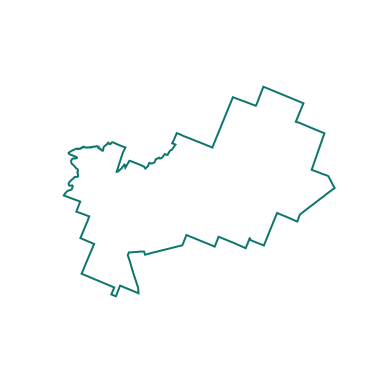 Putineiu, Giurgiu, Romania (orthographic projection), rotated 114°
{"feature_id": "2599482B3296523517134", "entity_name": "Putineiu", "entity_type": "district", "adm_level": 2, "iso_a3": "ROU", "parent_name": "Romania", "parent_adm1": "Giurgiu", "projection": "orthographic", "projection_center": [25.776, 43.909], "detail": "fine", "context": "isolated", "style": "outline", "palette": "teal", "viewbox_px": 384, "rotation_deg": 114, "n_neighbors": 0, "source": "geoboundaries", "source_scale": "gbopen_adm2", "svg_char_len": 5675}
<svg xmlns="http://www.w3.org/2000/svg" viewBox="0 0 384 384"><g transform="rotate(114 192 192)"><path d="M258.9,275.7L279.5,275.2L279.3,260.3L304.4,259.8L311.6,259.6L311.4,252.6L311.3,245.4L310.8,224.2L318.4,224.0L318.2,219.1L306.8,219.6L306.7,218.8L306.7,216.2L306.4,205.9L306.3,200.9L306.3,199.7L301.5,202.2L300.7,202.7L300.3,203.3L299.6,204.0L296.7,206.5L292.9,210.0L287.7,214.6L286.1,216.0L285.8,216.3L285.1,216.8L283.6,218.0L282.8,218.8L281.6,219.7L275.8,225.0L272.8,225.0L272.7,224.6L272.5,224.2L271.4,222.1L270.7,221.1L270.3,220.2L269.8,219.3L268.9,217.3L268.7,217.0L268.2,216.4L267.7,215.6L267.5,215.2L267.3,214.8L267.3,214.6L265.9,211.7L266.1,211.4L266.6,210.9L267.7,210.1L268.4,209.4L265.2,205.4L263.4,203.3L262.0,201.4L261.4,200.7L260.2,199.0L257.4,195.6L254.9,192.3L250.5,186.7L247.6,183.0L245.5,180.2L244.8,179.4L244.6,179.3L244.5,179.2L242.2,179.2L233.6,179.6L233.3,170.5L233.0,160.7L232.7,152.7L232.7,149.1L230.6,149.1L222.1,149.5L222.1,149.0L222.0,147.6L221.8,141.6L221.7,137.5L221.5,133.1L221.5,132.9L221.5,126.1L221.5,120.1L216.9,120.2L210.8,120.5L210.8,120.3L211.4,119.8L211.9,119.2L212.0,119.0L212.1,118.2L212.1,117.3L211.9,111.6L211.6,104.6L205.2,104.8L203.0,104.9L201.1,104.9L198.1,105.1L189.9,105.3L186.0,105.5L176.5,105.7L176.5,102.8L176.3,95.8L176.2,83.8L176.1,83.7L175.5,83.8L175.1,83.9L172.9,84.0L171.0,84.2L168.7,84.2L165.4,82.5L162.6,81.0L158.7,78.9L153.8,76.2L149.1,73.6L146.9,72.5L144.0,70.9L142.5,70.0L142.3,69.6L142.1,69.5L141.5,69.5L140.8,69.2L131.5,64.0L130.4,63.3L129.3,64.8L128.7,65.5L122.6,73.2L122.1,74.0L122.0,74.3L122.0,74.6L122.5,81.1L122.6,84.9L123.1,91.7L84.5,94.9L84.8,105.5L85.0,114.7L85.1,120.9L85.2,123.6L85.3,123.8L85.7,124.9L85.7,125.7L65.6,126.3L66.6,163.5L66.8,169.6L84.7,168.7L87.3,168.8L87.8,177.8L88.8,193.2L143.1,191.5L143.5,203.7L143.8,210.6L144.0,217.0L144.3,221.8L144.3,223.9L144.2,225.0L144.4,229.9L152.9,229.7L154.4,229.9L155.6,229.9L155.4,228.4L155.4,226.4L160.1,227.3L161.0,227.5L161.6,227.6L162.1,227.9L162.2,228.1L162.5,228.5L162.8,228.7L163.4,228.9L164.3,229.1L165.9,229.2L167.2,229.4L168.1,229.4L168.4,231.5L168.4,232.3L172.6,233.3L173.5,233.7L173.6,233.8L173.8,234.1L174.1,234.4L174.4,234.8L174.3,235.1L174.5,235.5L174.2,235.9L174.1,236.0L176.7,238.3L177.0,238.4L177.4,238.5L178.2,238.3L178.8,238.2L180.1,238.4L180.6,238.6L180.8,238.7L181.3,239.2L181.7,239.6L182.7,241.0L182.8,241.2L182.6,242.4L182.6,242.6L183.3,242.9L183.8,243.0L186.4,242.7L189.6,244.2L188.4,246.0L188.3,247.5L188.3,250.5L188.5,256.0L188.7,260.1L188.7,261.3L188.8,261.7L189.0,261.9L192.6,262.3L194.0,262.5L194.6,262.5L195.8,262.7L196.9,262.8L195.9,263.6L194.6,264.4L194.5,264.5L194.5,265.0L195.3,265.1L196.1,265.2L197.5,265.8L199.0,265.9L200.1,266.4L200.7,266.8L201.4,267.1L202.3,267.5L203.2,267.7L203.3,267.9L203.4,268.1L204.1,268.8L204.3,268.9L204.3,269.1L201.6,269.3L191.8,270.4L185.0,271.1L183.9,271.2L182.8,271.1L178.4,270.9L178.6,273.0L178.8,278.0L178.8,283.1L178.8,284.4L178.9,284.9L179.1,285.2L179.3,285.4L180.0,285.7L181.0,285.9L181.7,286.3L181.7,286.7L181.0,288.7L181.2,288.8L181.9,288.8L182.6,288.9L182.7,289.0L182.8,288.9L184.5,290.0L186.1,290.7L186.9,290.9L187.4,290.9L187.9,290.8L190.1,290.1L190.4,290.1L190.5,290.2L190.7,290.8L190.8,291.2L190.7,291.6L190.2,292.1L190.2,292.5L190.1,292.8L190.2,293.1L189.8,293.5L190.0,293.8L189.8,294.1L190.0,294.6L189.9,295.0L189.7,295.2L189.7,295.5L189.2,295.6L189.4,295.8L189.5,295.9L189.4,296.0L189.1,296.4L188.9,296.5L188.7,296.7L188.7,296.8L188.8,297.0L188.8,297.3L189.0,297.5L189.0,298.0L189.6,298.4L189.9,299.0L190.1,299.4L190.3,299.6L190.3,299.8L190.6,300.1L190.6,300.4L190.7,300.7L191.0,300.8L191.2,301.1L191.5,301.2L192.0,301.6L192.0,302.0L192.1,302.7L192.6,302.9L192.6,303.3L193.0,303.5L193.0,304.0L193.4,304.7L193.5,304.9L193.9,305.9L194.4,306.3L194.4,306.6L194.5,306.8L194.5,307.4L194.7,307.7L194.8,308.1L195.0,308.4L195.0,308.5L194.8,308.7L194.6,309.2L194.8,309.4L195.0,309.8L195.3,310.1L195.5,310.2L195.7,310.3L195.9,310.4L196.1,310.7L196.2,310.8L196.3,311.0L196.5,311.1L196.8,311.1L196.8,310.7L197.0,310.8L197.3,311.2L197.4,311.4L197.7,311.5L197.9,311.9L198.3,312.2L198.3,312.5L198.5,312.7L198.4,312.9L198.4,313.0L198.8,313.2L198.8,313.7L198.9,313.8L199.0,314.1L199.3,314.1L199.3,314.3L199.1,314.6L199.3,314.9L199.4,315.2L199.6,315.4L199.7,315.6L200.5,316.3L201.4,317.0L202.1,317.7L203.1,318.5L206.3,320.7L207.0,320.2L207.3,319.6L207.3,319.3L207.3,318.9L207.3,317.2L207.1,316.4L207.1,315.4L207.1,314.6L207.1,314.0L207.1,313.2L207.1,312.0L207.1,311.7L207.2,311.3L207.4,311.2L207.8,311.0L208.1,311.1L208.3,311.4L208.9,312.5L209.2,313.0L209.9,314.4L210.1,314.6L210.5,314.8L211.1,315.0L211.5,315.1L212.2,315.1L212.7,315.0L212.9,315.0L214.2,314.3L214.6,313.9L214.9,313.5L215.1,313.0L215.8,310.9L216.3,309.9L216.5,309.3L217.1,308.4L217.2,308.1L217.4,307.6L217.5,306.6L217.7,306.0L218.1,305.3L218.8,304.9L219.0,304.7L219.7,304.6L220.1,304.8L220.4,304.8L221.0,304.6L221.2,304.4L221.4,304.0L221.8,303.8L222.4,303.2L222.8,303.0L223.3,302.8L224.0,302.7L224.4,302.8L224.4,302.7L224.9,302.9L225.0,303.1L225.1,303.3L225.3,304.2L225.5,304.7L225.9,305.2L226.2,305.3L227.2,305.7L227.8,305.8L229.8,306.9L231.4,307.5L231.8,307.7L233.0,308.0L234.0,308.1L234.3,308.1L235.1,307.8L235.7,307.4L235.9,307.1L236.0,306.8L236.0,306.5L236.0,306.1L235.7,305.7L235.0,304.7L234.8,304.3L234.7,304.1L234.8,303.6L235.1,303.4L235.5,303.3L236.4,303.1L237.3,303.0L238.2,303.0L238.6,303.0L238.8,303.1L240.4,304.6L240.5,304.9L240.7,305.4L240.9,305.6L241.6,305.9L242.5,306.6L243.5,306.8L244.6,307.3L245.0,307.4L247.3,307.7L246.9,300.8L246.9,300.5L246.2,290.2L247.1,290.2L257.0,289.7L256.4,281.8L256.1,275.9L258.2,275.9L258.4,275.8L258.7,275.7L258.9,275.7Z" fill="none" stroke="#0f766e" stroke-width="2"/></g></svg>